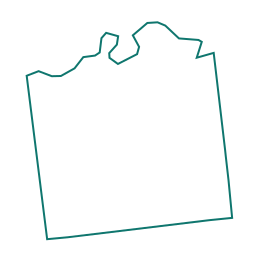 the district of Ray, Missouri, United States of America, rotated 173°
{"feature_id": "52423323B37195564422054", "entity_name": "Ray", "entity_type": "district", "adm_level": 2, "iso_a3": "USA", "parent_name": "United States of America", "parent_adm1": "Missouri", "projection": "natural_earth1", "projection_center": [-94.019, 39.331], "detail": "fine", "context": "isolated", "style": "outline", "palette": "teal", "viewbox_px": 256, "rotation_deg": 173, "n_neighbors": 0, "source": "geoboundaries", "source_scale": "gbopen_adm2", "svg_char_len": 552}
<svg xmlns="http://www.w3.org/2000/svg" viewBox="0 0 256 256"><g transform="rotate(173 128 128)"><path d="M34.6,63.7L34.4,88.3L34.3,94.3L33.8,192.1L51.2,189.4L44.3,204.5L47.3,206.8L66.5,210.7L78.5,225.1L85.8,229.3L96.0,229.9L111.9,219.4L107.1,207.2L110.0,200.2L130.2,192.8L137.8,199.9L137.5,204.6L128.9,212.1L126.6,220.3L138.1,225.1L143.4,220.4L146.9,206.4L151.9,203.9L163.7,203.8L173.8,193.7L188.3,187.8L197.3,188.7L209.8,195.3L222.2,192.2L221.8,27.5L201.3,26.9L58.4,26.6L35.6,26.1L34.6,63.7Z" fill="none" stroke="#0f766e" stroke-width="2"/></g></svg>